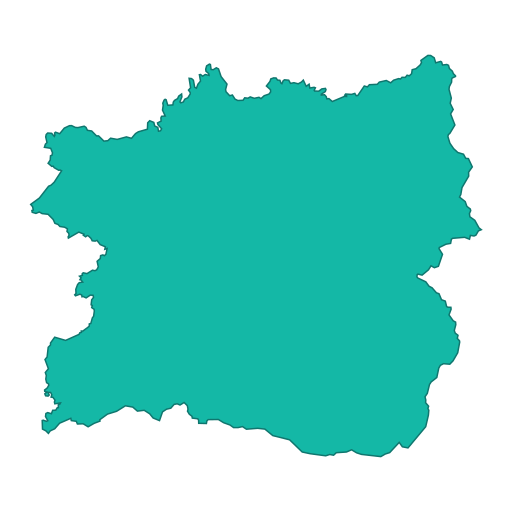 Lac Duong, Lâm Đồng, Vietnam
{"feature_id": "81297802B90979220295161", "entity_name": "Lac Duong", "entity_type": "district", "adm_level": 2, "iso_a3": "VNM", "parent_name": "Vietnam", "parent_adm1": "Lâm Đồng", "projection": "albers", "projection_center": [108.454, 12.138], "detail": "fine", "context": "isolated", "style": "filled", "palette": "teal", "viewbox_px": 512, "rotation_deg": 0, "n_neighbors": 0, "source": "geoboundaries", "source_scale": "gbopen_adm2", "svg_char_len": 5813}
<svg xmlns="http://www.w3.org/2000/svg" viewBox="0 0 512 512"><path d="M481.3,229.7L479.0,227.9L474.8,220.3L469.9,216.8L469.4,213.6L470.7,210.7L470.3,209.0L466.9,206.4L465.2,201.6L459.5,197.1L460.8,194.5L462.0,187.6L468.7,176.1L468.6,172.2L472.3,166.9L468.4,158.6L465.7,158.3L463.5,154.2L457.8,152.5L453.6,148.6L449.9,143.2L447.9,136.6L448.3,134.7L449.9,133.3L454.9,125.0L450.6,113.9L453.2,109.5L450.2,103.3L451.3,98.1L449.0,89.3L449.4,86.5L451.6,82.1L451.7,79.0L452.2,78.0L455.5,76.5L455.5,75.8L453.4,73.7L452.3,71.1L449.4,68.5L448.5,65.3L446.8,64.5L442.5,65.0L441.6,62.0L440.7,61.4L435.7,62.8L434.2,57.8L430.7,55.5L427.9,55.4L420.9,60.4L421.5,62.6L420.3,64.8L416.0,68.7L412.2,69.7L411.6,73.7L409.3,75.8L407.1,75.2L405.3,77.4L402.0,77.3L400.5,79.0L398.6,78.6L393.6,80.2L390.7,82.8L386.3,80.5L379.3,82.1L377.3,84.3L369.4,84.7L367.4,86.9L364.3,86.0L357.8,95.5L356.2,95.7L354.8,93.4L351.5,94.4L345.6,94.0L344.9,95.0L346.6,95.4L346.6,96.5L344.5,96.4L332.3,101.5L328.9,98.6L326.9,98.9L326.2,96.6L324.5,94.7L321.3,95.1L321.3,94.2L325.3,91.6L326.0,89.6L325.4,88.4L321.8,88.9L318.7,91.2L314.6,91.0L314.2,90.3L315.4,87.8L314.1,87.3L309.8,88.0L309.1,84.2L306.2,86.3L303.3,80.1L301.5,82.0L298.2,83.8L293.9,82.7L290.5,83.4L288.7,80.2L284.5,79.8L283.2,80.7L281.9,83.7L280.9,83.0L279.9,80.3L277.5,80.1L276.1,78.0L273.6,77.9L270.8,78.9L270.0,81.4L266.4,86.0L270.5,89.7L270.6,92.0L268.9,94.1L264.2,95.7L261.0,98.6L259.0,97.3L254.3,98.3L250.2,96.9L248.0,98.2L244.7,97.8L243.0,100.3L237.8,100.5L235.0,99.1L232.4,95.0L229.7,95.7L226.0,91.7L225.6,89.5L227.0,84.1L221.1,76.6L218.5,68.9L216.3,67.8L213.2,69.7L211.1,69.5L210.4,64.5L209.4,64.1L206.6,65.9L205.7,69.2L206.0,71.3L208.7,73.6L209.0,75.4L205.3,74.5L202.6,76.2L200.6,74.5L199.4,74.7L200.5,81.1L198.0,84.1L196.4,88.2L194.7,87.3L193.4,80.2L191.6,78.6L189.1,78.3L190.6,87.8L188.5,90.1L190.2,92.5L190.2,94.0L187.8,97.8L184.8,99.2L183.3,102.0L180.8,102.8L179.9,101.9L181.9,96.9L181.6,94.0L178.7,96.1L177.6,98.6L174.5,100.4L173.3,102.1L172.9,104.9L167.8,105.3L166.1,99.7L165.1,99.3L164.1,100.1L162.8,103.2L163.2,105.4L162.5,110.1L165.2,116.0L161.6,116.3L160.9,117.9L161.1,121.1L157.5,122.9L157.9,124.5L161.6,128.8L160.5,130.8L158.5,131.2L157.8,127.4L154.7,126.0L153.8,122.4L149.7,120.7L147.7,122.8L147.4,129.2L138.3,131.8L135.5,133.6L131.5,138.3L126.4,136.9L117.2,139.4L110.6,138.2L107.8,140.7L103.9,141.1L98.6,135.9L96.5,135.9L91.7,131.0L87.4,130.3L86.0,127.4L84.2,126.2L77.9,127.6L75.3,127.4L71.6,125.6L69.4,125.7L64.3,128.1L59.7,133.7L55.5,132.2L54.6,133.0L54.9,135.2L54.3,136.4L51.6,133.3L47.7,133.0L46.2,134.5L45.7,136.9L47.0,142.6L45.4,144.2L44.4,147.3L50.7,148.3L52.5,152.8L52.0,155.2L50.5,155.8L50.2,160.1L48.1,163.3L51.8,166.4L53.2,166.2L54.2,167.7L58.8,170.3L60.1,170.0L61.6,170.8L54.2,182.2L51.0,185.2L48.6,186.2L39.4,198.0L30.7,204.4L32.6,206.7L33.3,210.1L31.9,210.5L32.2,212.3L35.9,213.4L39.3,212.0L42.1,213.6L48.1,214.3L53.2,219.5L54.9,223.3L58.1,224.5L59.9,226.5L64.6,227.2L67.4,228.8L67.0,231.5L68.6,233.1L69.1,235.1L68.1,236.9L68.4,238.1L78.8,232.1L84.0,234.2L83.3,235.2L85.6,236.8L87.2,235.6L88.4,235.9L91.0,238.4L92.2,240.8L95.2,241.1L97.0,240.4L100.2,244.6L105.4,246.8L104.8,249.3L107.1,248.5L105.9,254.3L104.3,255.7L102.9,254.9L100.6,255.6L100.3,258.5L97.1,261.3L98.3,266.9L96.7,269.8L95.0,270.7L92.5,270.2L87.0,273.6L83.2,272.8L82.1,274.0L82.4,275.4L79.5,276.2L81.1,277.8L79.9,279.7L81.2,280.1L82.7,282.1L79.2,282.7L77.6,284.5L75.8,289.3L76.0,293.5L74.7,294.8L75.5,295.8L79.9,294.2L81.7,295.0L82.0,296.8L83.1,296.5L86.1,297.9L90.3,295.1L93.1,295.3L93.5,297.4L91.7,299.8L91.1,304.8L92.3,305.5L91.7,307.6L94.1,309.3L94.3,311.1L93.6,316.3L92.4,317.8L90.8,323.5L89.3,323.9L89.2,326.3L82.8,331.1L81.3,331.0L81.4,332.4L79.9,332.7L79.0,334.4L65.6,340.4L54.7,337.2L50.5,343.0L50.5,345.0L48.2,347.3L47.1,357.0L45.0,359.5L48.4,368.7L45.3,372.5L46.3,375.5L45.8,379.1L46.6,382.7L48.5,383.8L48.7,385.4L47.1,388.1L44.6,390.0L44.7,391.3L47.0,392.0L44.8,393.8L45.6,395.8L48.1,396.1L49.2,395.0L48.0,392.4L50.6,392.4L51.8,394.7L51.1,397.1L53.0,397.4L55.0,400.2L54.4,402.0L54.8,403.8L60.5,402.9L59.9,404.1L58.3,404.8L58.4,407.6L57.3,407.7L55.7,410.2L52.7,410.3L51.4,413.7L47.7,412.6L45.9,413.5L45.5,416.5L47.8,420.7L46.4,421.3L43.3,420.2L42.2,420.5L42.5,429.1L45.8,430.8L48.4,433.4L50.2,430.9L54.7,428.8L59.6,423.2L70.8,418.3L71.3,420.6L76.3,421.3L77.4,424.0L83.2,423.8L88.1,426.8L94.2,423.3L100.0,421.1L99.8,419.7L107.5,414.1L116.6,411.3L125.4,405.8L132.8,407.1L137.4,411.1L144.2,410.3L149.7,413.8L153.1,418.0L159.5,420.6L162.5,411.9L166.5,409.2L170.8,408.2L174.1,404.4L177.2,403.8L180.0,405.0L184.1,402.5L187.3,405.6L188.0,409.1L187.5,411.2L189.3,414.2L192.0,416.3L192.3,418.1L197.8,418.8L198.6,420.2L198.7,423.3L206.4,423.5L206.9,420.8L208.2,419.6L218.4,419.5L223.6,422.7L230.0,425.0L233.6,427.6L238.0,427.6L242.5,426.6L246.4,429.2L257.7,428.3L264.9,429.1L272.8,435.6L289.6,439.8L302.2,452.0L310.1,453.7L325.7,455.8L329.7,454.5L333.6,455.2L336.3,452.7L346.5,452.0L351.6,449.8L356.6,452.8L361.5,454.4L380.8,456.6L385.3,454.0L389.7,452.6L399.2,442.4L402.4,446.8L408.0,447.9L425.7,426.7L428.4,415.1L428.8,410.3L427.9,408.4L428.6,406.2L425.6,402.7L425.8,400.0L425.0,396.8L427.3,393.4L429.5,384.5L431.2,381.9L436.8,377.5L438.8,368.0L440.4,365.3L443.5,363.7L449.8,364.2L453.0,360.9L457.7,352.8L459.7,342.1L459.5,340.8L457.3,338.4L458.0,335.3L455.2,333.1L454.3,330.5L455.8,324.7L455.6,322.1L453.2,320.8L449.0,314.9L451.1,309.2L450.9,307.3L447.7,307.2L446.6,306.5L445.3,301.1L441.5,299.7L439.0,293.7L436.4,292.8L432.1,287.8L429.0,286.2L425.8,281.8L417.8,278.0L416.9,276.8L417.2,274.6L417.9,274.1L422.1,275.1L428.5,269.8L431.0,265.8L434.4,267.7L438.4,266.3L442.5,254.3L439.0,248.6L439.3,247.5L446.0,244.2L450.6,243.4L451.4,239.2L452.7,238.3L464.6,237.3L469.5,239.2L470.4,235.4L474.0,236.0L475.9,235.2L478.4,230.9L481.3,229.7Z" fill="#14b8a6" stroke="#0f766e" stroke-width="1.5"/></svg>